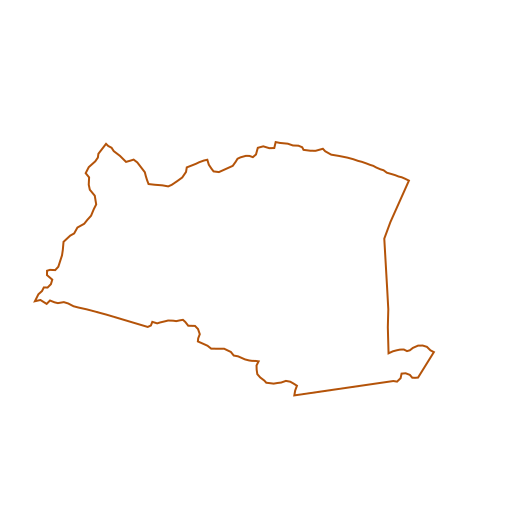 the district of São José de Piranhas, Paraíba, Brazil, rotated 17°
{"feature_id": "56859067B21073116856192", "entity_name": "São José de Piranhas", "entity_type": "district", "adm_level": 2, "iso_a3": "BRA", "parent_name": "Brazil", "parent_adm1": "Paraíba", "projection": "robinson", "projection_center": [-38.514, -7.094], "detail": "fine", "context": "isolated", "style": "outline", "palette": "amber", "viewbox_px": 512, "rotation_deg": 17, "n_neighbors": 0, "source": "geoboundaries", "source_scale": "gbopen_adm2", "svg_char_len": 2448}
<svg xmlns="http://www.w3.org/2000/svg" viewBox="0 0 512 512"><g transform="rotate(17 256 256)"><path d="M101.2,357.2L109.8,356.5L130.0,355.8L173.2,355.5L175.8,353.2L176.1,349.3L181.2,349.3L183.7,347.6L188.0,345.1L190.8,343.4L195.6,342.1L198.8,341.6L202.0,339.8L204.8,338.4L207.6,339.7L211.6,342.5L218.1,340.7L221.9,342.8L225.1,347.2L224.8,351.6L225.4,354.7L230.4,355.3L235.9,356.0L240.2,357.7L245.4,356.2L249.7,354.9L252.7,354.0L256.6,354.6L260.0,355.1L263.8,357.7L268.2,357.2L275.7,358.1L280.0,357.9L283.1,357.4L286.1,356.5L289.3,356.0L288.5,360.5L289.9,364.6L291.8,368.6L295.5,370.9L300.4,372.7L302.9,374.2L306.7,373.5L310.2,372.9L313.8,371.1L317.0,369.7L321.1,366.7L325.5,366.2L329.1,367.0L333.1,368.1L332.8,373.1L333.4,378.1L370.7,360.5L423.9,335.4L427.6,334.9L430.0,330.6L429.6,325.9L433.4,324.4L437.9,324.7L441.0,326.7L443.7,326.0L446.5,324.9L454.2,295.9L450.4,295.2L446.0,292.9L441.6,292.9L437.2,294.3L432.9,298.0L430.7,301.2L428.2,302.8L424.7,302.2L421.1,303.4L418.2,305.0L414.8,307.1L411.2,310.3L402.9,285.6L398.1,268.3L391.8,251.1L373.6,201.9L374.6,184.3L380.2,139.2L375.8,138.5L372.3,138.1L369.0,138.3L365.6,138.0L362.2,138.0L356.8,138.1L352.9,136.7L349.5,136.7L345.0,136.2L341.8,135.5L338.5,135.5L334.5,135.2L329.7,135.0L325.7,135.2L320.7,135.0L314.7,135.2L310.5,135.6L305.7,136.1L298.3,137.1L291.5,135.6L288.6,133.9L282.2,138.0L276.9,139.5L270.4,140.6L268.4,138.5L264.3,138.1L259.0,139.5L253.6,139.3L245.7,140.9L241.5,141.3L241.9,147.4L237.2,149.0L230.9,149.0L226.1,152.0L226.3,158.9L224.1,162.4L220.5,162.2L217.0,163.2L212.3,166.2L209.9,168.4L209.0,171.9L207.4,176.6L196.0,186.6L190.7,187.5L188.0,185.6L184.2,182.5L181.3,178.2L178.3,179.9L174.3,182.9L171.6,185.4L168.1,188.2L163.9,191.5L164.5,196.1L162.5,202.5L159.1,207.0L154.6,212.6L151.7,215.1L145.8,215.8L138.2,217.5L132.2,218.6L129.5,215.1L127.2,211.7L125.2,208.4L115.1,201.2L110.8,199.6L107.9,201.6L104.2,204.0L96.6,200.0L89.3,197.3L86.2,194.7L82.5,194.0L79.8,192.6L75.4,204.3L76.0,208.1L74.6,212.5L70.1,219.9L68.9,226.6L73.4,229.6L75.2,236.7L77.7,241.2L84.2,245.5L88.1,253.4L87.2,258.5L86.5,265.7L84.2,270.6L82.3,275.4L76.9,281.0L75.5,287.6L72.4,290.8L67.8,298.7L69.5,306.8L70.3,312.1L70.1,324.1L68.1,328.2L63.0,329.5L60.5,331.2L61.7,335.4L68.1,338.2L68.1,342.9L65.9,347.1L62.3,348.1L61.6,352.1L59.1,356.2L57.8,363.9L62.7,361.1L69.8,363.0L72.0,358.8L76.9,359.2L80.3,359.0L85.7,356.3L90.2,356.3L96.2,357.4L101.2,357.2Z" fill="none" stroke="#b45309" stroke-width="2"/></g></svg>